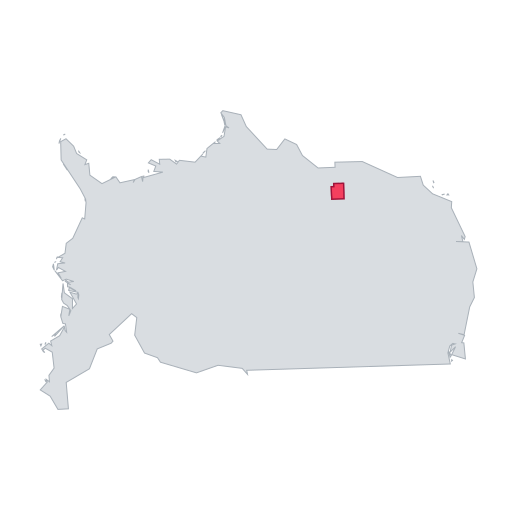 location of Catron, New Mexico, United States of America, rotated 178°
{"feature_id": "52423323B25114965344080", "entity_name": "Catron", "entity_type": "district", "adm_level": 2, "iso_a3": "USA", "parent_name": "United States of America", "parent_adm1": "New Mexico", "projection": "orthographic", "projection_center": [-108.593, 33.89], "detail": "fine", "context": "in_parent", "style": "filled", "palette": "rose", "viewbox_px": 512, "rotation_deg": 178, "n_neighbors": 0, "source": "geoboundaries", "source_scale": "gbopen_adm2", "svg_char_len": 4143}
<svg xmlns="http://www.w3.org/2000/svg" viewBox="0 0 512 512"><g transform="rotate(178 256 256)"><path d="M426.4,149.1L450.1,136.3L448.8,109.8L459.3,109.6L466.6,123.1L476.3,129.7L469.0,137.3L469.8,140.0L466.8,137.5L467.1,144.0L461.7,151.0L463.0,167.0L469.8,171.2L472.3,169.2L470.4,166.9L471.8,167.7L473.4,170.6L466.1,176.1L463.2,173.5L464.2,178.2L455.0,183.2L449.9,191.7L449.4,188.2L447.9,186.4L448.8,194.8L451.4,195.4L453.2,202.1L451.2,212.4L443.9,209.2L445.2,202.7L442.9,207.8L446.4,213.1L449.9,215.6L451.7,219.2L449.8,235.3L448.8,225.9L440.9,219.7L441.3,209.9L437.0,214.3L443.2,226.3L436.9,224.2L435.3,225.2L435.5,220.7L435.0,219.5L434.4,223.2L435.2,225.9L444.5,228.2L443.6,231.1L438.6,227.8L437.1,227.5L443.2,231.4L445.4,231.8L445.4,235.4L442.2,233.7L447.5,237.3L446.8,238.3L444.2,236.4L439.0,236.9L446.5,239.5L450.2,238.0L457.7,248.5L451.5,240.6L454.4,246.1L447.0,247.3L453.9,251.4L455.9,248.8L454.4,255.2L447.0,255.7L452.0,257.1L449.3,261.0L454.1,261.5L446.8,265.4L445.2,275.3L438.5,280.1L428.3,300.2L425.9,299.0L424.0,315.1L424.3,318.8L429.3,329.2L447.4,358.8L447.2,377.1L441.8,379.8L434.4,372.1L431.7,364.7L421.8,358.0L423.8,353.3L419.9,354.5L419.2,342.6L407.4,333.7L393.3,340.0L389.4,333.9L374.8,336.6L376.2,333.7L374.1,336.8L367.7,339.4L366.7,334.3L366.2,338.2L346.1,343.1L355.2,344.1L353.0,349.4L360.3,352.8L357.4,355.9L349.0,351.1L349.3,356.0L338.8,355.8L332.2,350.6L329.2,354.3L313.6,351.9L305.6,359.8L307.6,357.7L302.7,356.6L301.2,365.2L292.5,371.7L294.5,369.9L288.3,369.7L290.7,372.3L283.8,376.7L281.9,386.1L278.5,385.0L281.5,387.2L282.8,395.6L286.2,400.3L284.1,402.4L266.1,397.7L261.2,385.7L241.1,362.4L231.6,361.7L223.1,372.0L211.5,366.0L206.1,354.8L190.9,341.8L173.9,341.9L173.9,347.0L146.5,346.7L111.8,329.5L88.9,329.9L86.4,321.0L77.4,312.0L58.5,303.5L59.1,297.4L46.3,268.1L47.2,265.3L50.0,269.3L48.7,263.1L55.6,263.5L42.7,262.5L35.7,235.5L40.2,222.5L39.2,206.9L44.2,197.7L50.8,170.1L56.5,171.7L50.3,169.4L53.5,162.2L51.3,161.9L50.3,145.8L63.9,150.6L59.7,158.4L65.3,153.2L63.7,160.0L60.0,161.2L62.4,161.8L65.5,159.3L67.6,152.5L65.6,141.3L269.3,142.1L268.6,138.0L273.7,144.2L297.8,148.1L319.6,141.3L355.2,153.2L358.0,157.8L370.8,162.9L380.0,181.1L377.3,198.6L382.3,202.7L405.4,182.6L401.9,175.9L403.8,173.9L417.9,168.7L426.4,149.1ZM459.2,185.1L463.0,182.6L450.0,193.0L460.1,182.7L459.2,185.1ZM65.5,148.1L66.6,152.6L66.4,153.3L64.3,149.7L65.5,148.1ZM285.7,398.9L282.8,391.8L282.6,387.5L283.3,391.9L285.7,398.9ZM470.2,137.3L471.2,139.5L470.4,139.3L470.2,137.3ZM332.7,352.8L333.4,354.4L331.5,353.3L332.7,352.8ZM65.3,311.3L67.7,310.6L67.8,310.9L65.3,311.3ZM63.0,310.4L62.0,311.5L61.3,310.3L63.0,310.4ZM470.0,174.8L469.4,176.6L469.0,176.4L470.0,174.8ZM283.5,383.5L282.5,387.0L285.1,380.2L283.5,383.5ZM441.9,348.9L445.4,354.7L441.4,348.4L441.9,348.9ZM76.4,318.1L77.2,320.0L76.3,318.2L76.4,318.1ZM448.4,377.8L447.0,380.4L449.0,375.2L448.4,377.8ZM459.6,252.3L458.7,255.3L458.1,248.9L459.6,252.3ZM64.2,144.2L64.0,145.5L63.3,144.8L64.2,144.2ZM290.9,373.6L287.7,375.6L290.9,373.1L290.9,373.6ZM474.1,173.7L474.7,175.3L473.3,175.5L474.1,173.7ZM75.9,323.1L76.5,325.3L75.6,323.3L75.9,323.1ZM287.0,376.9L285.7,377.9L286.8,376.4L287.0,376.9ZM451.9,222.1L451.3,226.0L451.7,220.7L451.9,222.1ZM304.8,361.4L302.8,363.0L305.6,360.3L304.8,361.4ZM424.7,316.7L425.0,319.5L424.4,317.7L424.7,316.7ZM454.9,261.7L454.4,262.4L455.6,259.8L454.9,261.7ZM398.5,338.2L396.3,340.2L395.3,340.1L398.5,338.2ZM366.6,339.1L366.3,339.7L364.8,339.9L366.6,339.1ZM429.1,365.7L429.8,367.5L428.6,365.4L429.1,365.7ZM360.8,344.2L360.7,346.1L360.1,343.0L360.8,344.2ZM443.8,384.0L442.4,384.5L444.2,383.5L443.8,384.0ZM453.3,203.4L453.0,205.3L453.2,202.6L453.3,203.4ZM457.5,256.3L456.9,257.2L456.7,257.2L457.5,256.3Z" fill="#d9dde1" stroke="#a8b0b8" stroke-width="1"/><path d="M165.9,319.2L165.9,319.6L165.9,320.9L165.9,323.4L165.9,323.8L165.9,325.2L165.9,325.6L166.7,325.7L169.7,325.6L170.7,325.7L171.6,325.7L175.8,325.7L175.8,322.6L176.1,322.6L176.4,322.6L178.5,322.6L178.5,318.8L178.5,318.6L178.4,313.7L178.3,312.6L178.3,310.1L175.6,310.1L166.5,310.1L166.0,310.1L166.0,310.7L165.9,316.7L165.9,318.1L165.9,319.2Z" fill="#f43f5e" stroke="#9f1239" stroke-width="1.5"/></g></svg>